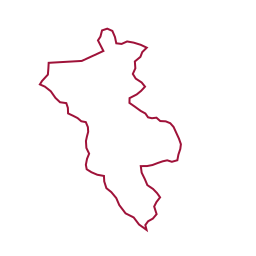 Bom Jesus, Santa Catarina, Brazil (Robinson projection), rotated 150°
{"feature_id": "56859067B25903908372019", "entity_name": "Bom Jesus", "entity_type": "district", "adm_level": 2, "iso_a3": "BRA", "parent_name": "Brazil", "parent_adm1": "Santa Catarina", "projection": "robinson", "projection_center": [-52.392, -26.732], "detail": "fine", "context": "isolated", "style": "outline", "palette": "rose", "viewbox_px": 256, "rotation_deg": 150, "n_neighbors": 0, "source": "geoboundaries", "source_scale": "gbopen_adm2", "svg_char_len": 1290}
<svg xmlns="http://www.w3.org/2000/svg" viewBox="0 0 256 256"><g transform="rotate(150 128 128)"><path d="M134.9,51.9L135.4,57.1L136.8,62.7L139.8,68.8L139.0,75.1L138.5,82.5L136.0,88.6L130.5,85.5L125.3,83.7L119.7,82.8L114.6,81.8L110.2,80.4L106.9,76.8L101.4,75.4L97.6,79.8L93.2,83.7L90.3,87.5L89.2,93.3L88.6,99.9L88.0,106.1L89.0,111.0L92.0,114.9L96.6,117.9L98.2,122.7L102.4,124.5L105.3,127.2L105.7,131.9L108.5,136.5L111.2,142.6L114.2,149.0L111.7,153.1L103.7,152.7L98.1,153.6L92.6,155.3L93.4,160.6L96.6,166.9L96.8,172.4L91.8,176.0L88.8,182.2L81.7,183.4L77.7,186.6L71.6,188.2L75.4,193.7L80.4,199.1L85.5,203.4L91.5,204.0L95.8,207.2L93.8,213.3L93.0,219.9L96.3,224.4L101.7,225.5L106.2,220.9L110.2,218.9L110.8,207.0L134.5,209.2L164.1,224.1L167.3,219.2L170.7,214.3L179.0,211.7L182.5,209.8L179.3,205.4L176.5,198.4L175.8,190.4L174.0,184.3L169.0,180.4L170.0,175.5L172.6,170.6L169.4,166.0L166.7,161.8L165.1,157.2L161.6,154.2L162.3,148.8L164.4,144.6L167.8,141.2L170.9,137.8L174.0,131.6L174.5,125.2L178.9,121.8L182.9,117.2L184.4,112.9L181.8,108.0L178.0,102.9L172.8,98.5L175.3,93.6L176.8,86.7L174.5,80.8L173.2,73.2L174.1,65.6L172.8,55.3L167.8,47.7L166.7,38.9L162.9,30.5L161.5,35.3L157.2,37.2L151.8,37.1L146.3,39.1L144.6,46.9L140.3,49.7L134.9,51.9Z" fill="none" stroke="#9f1239" stroke-width="2"/></g></svg>